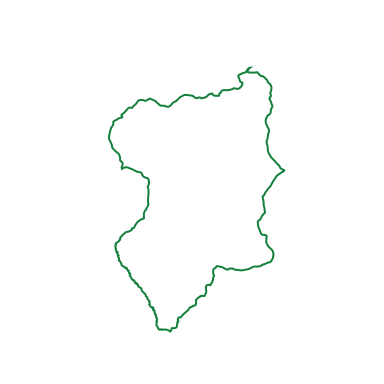 Santa María, Huila, Colombia (orthographic projection), rotated 118°
{"feature_id": "7082276B74568314469162", "entity_name": "Santa María", "entity_type": "district", "adm_level": 2, "iso_a3": "COL", "parent_name": "Colombia", "parent_adm1": "Huila", "projection": "orthographic", "projection_center": [-75.551, 2.922], "detail": "fine", "context": "isolated", "style": "outline", "palette": "green", "viewbox_px": 384, "rotation_deg": 118, "n_neighbors": 0, "source": "geoboundaries", "source_scale": "gbopen_adm2", "svg_char_len": 6060}
<svg xmlns="http://www.w3.org/2000/svg" viewBox="0 0 384 384"><g transform="rotate(118 192 192)"><path d="M209.2,90.5L208.5,90.9L206.2,93.1L205.3,94.9L204.5,98.2L203.9,99.6L202.0,102.4L201.0,103.2L198.5,104.3L195.9,105.2L195.5,106.1L195.7,107.4L196.5,109.3L196.8,110.4L196.2,111.7L194.8,113.2L191.7,117.0L187.5,120.0L186.4,120.0L184.3,118.9L180.2,118.9L178.4,118.6L175.7,117.8L174.4,119.1L172.5,120.2L169.7,122.8L167.7,123.7L163.1,127.4L162.1,127.5L161.1,126.9L158.1,127.0L152.2,126.1L150.6,125.5L144.0,125.4L138.4,124.8L135.9,123.9L134.4,123.0L132.5,122.1L130.4,120.6L129.6,120.7L129.4,121.1L129.7,122.3L129.5,125.0L127.8,127.4L127.1,130.2L126.6,131.1L126.1,132.9L125.6,133.7L125.5,134.7L124.2,138.3L122.4,141.3L122.1,142.1L120.1,144.2L117.5,145.8L115.3,147.5L113.8,148.9L112.1,150.0L111.1,150.3L109.2,150.4L104.7,152.1L101.9,152.6L101.2,153.1L99.8,154.6L98.2,157.2L97.6,157.9L96.1,159.4L94.2,160.6L92.1,161.1L89.2,161.1L88.3,160.9L87.7,160.2L86.8,159.8L85.0,159.8L84.1,160.1L82.4,161.0L78.7,161.1L77.8,161.8L77.0,163.1L75.8,164.1L74.1,166.3L73.8,166.9L73.2,167.4L72.8,167.7L71.9,167.7L71.0,167.3L70.1,167.4L69.6,167.7L69.0,168.4L67.4,169.6L66.2,169.5L65.3,169.7L62.6,170.8L61.2,172.0L60.1,173.6L59.4,176.6L58.0,178.2L57.1,180.8L56.5,183.6L57.2,185.4L56.9,187.2L55.6,190.6L57.4,193.1L59.6,197.4L59.9,199.1L59.7,199.5L58.9,199.8L57.5,199.8L56.8,199.8L55.1,199.1L55.6,199.8L57.8,200.5L61.1,200.7L62.1,201.7L62.8,202.8L64.6,203.9L65.1,204.5L65.9,204.9L66.1,205.2L67.2,205.7L68.3,205.4L70.1,203.0L71.6,201.7L72.0,200.7L71.8,199.2L72.2,198.5L74.3,197.9L76.1,198.1L78.0,198.8L79.3,199.8L79.9,201.0L80.7,203.7L82.3,204.7L84.6,207.2L85.4,208.6L86.3,209.6L86.6,210.9L87.0,211.7L88.0,212.8L88.7,213.3L90.7,213.3L91.4,213.4L92.1,213.9L92.9,213.9L94.3,213.4L94.9,214.1L96.6,217.9L96.4,218.9L95.6,220.5L97.7,222.8L101.5,224.1L103.4,226.0L104.9,227.7L104.8,229.3L105.5,230.6L106.8,231.4L107.3,233.8L106.8,236.0L107.0,237.3L108.9,242.7L110.2,244.5L111.5,245.5L114.4,247.2L119.2,248.7L121.0,250.1L122.6,250.9L124.5,251.2L126.5,251.8L128.0,253.1L128.4,253.8L129.0,257.4L130.0,259.2L130.6,260.7L130.2,261.9L129.3,265.9L128.9,266.6L129.0,270.3L129.3,273.0L133.5,276.0L133.9,278.5L135.1,281.0L136.1,282.0L137.0,282.4L140.1,282.7L144.3,284.2L145.8,284.4L147.0,287.1L148.5,287.8L154.0,289.1L155.6,290.0L156.9,290.5L157.7,290.1L158.1,288.9L158.5,288.7L159.7,289.3L160.1,290.0L161.3,291.2L163.7,292.5L165.7,294.1L167.0,294.4L169.6,293.1L173.2,293.5L176.8,292.9L181.7,291.4L183.7,290.4L184.8,289.3L185.4,288.3L188.2,284.7L190.1,283.4L190.8,282.2L192.0,278.3L192.1,277.4L192.8,274.4L194.7,272.2L198.0,270.1L198.6,267.4L200.1,266.2L201.0,265.9L202.9,265.9L204.4,264.7L203.0,263.9L201.4,262.3L201.0,261.8L200.6,260.6L199.9,254.5L199.9,250.2L199.0,247.2L198.8,245.8L200.5,243.6L201.1,242.3L201.3,240.3L200.7,238.1L200.8,237.3L201.3,236.3L203.2,234.7L205.9,233.7L208.1,233.5L208.7,233.3L210.1,231.6L215.1,229.1L219.8,227.1L222.5,225.4L223.4,224.6L224.6,224.4L227.5,224.5L229.1,224.3L230.9,224.7L232.7,224.6L234.6,223.9L237.8,222.1L240.7,224.5L241.6,224.8L242.8,225.5L245.5,226.3L246.9,226.4L247.4,226.6L248.8,226.4L250.8,226.5L251.9,227.1L252.1,227.7L252.4,228.0L254.1,227.5L257.2,229.8L257.8,230.8L258.9,231.8L260.4,232.1L262.2,233.1L263.7,233.1L265.3,234.0L268.3,233.1L269.0,233.7L269.7,233.5L270.4,233.6L272.9,235.1L273.5,234.7L274.2,234.9L274.7,234.2L275.4,234.3L276.2,234.1L276.4,233.8L277.3,233.2L277.6,232.7L278.6,232.5L279.0,231.5L280.2,230.8L280.1,229.4L281.0,229.5L281.3,229.3L281.6,228.5L282.3,228.2L282.6,227.9L282.6,227.1L283.2,227.2L283.3,227.0L284.2,226.5L284.4,225.7L285.0,225.2L286.8,224.4L286.9,223.1L288.3,220.9L289.0,220.4L289.9,219.4L290.0,218.6L289.8,216.3L290.5,215.2L289.8,214.4L289.8,214.0L291.1,212.6L291.1,211.3L291.6,211.4L291.8,211.2L292.4,210.0L293.1,209.5L293.0,208.8L293.3,208.1L293.7,207.8L294.8,207.9L295.1,207.7L295.7,206.3L296.3,205.6L296.9,204.3L297.5,203.6L297.5,203.0L297.2,202.4L297.2,201.6L297.5,201.1L298.1,201.0L298.3,200.8L298.3,199.7L298.4,199.3L298.6,199.2L299.0,199.3L299.2,199.1L299.1,198.7L298.6,198.5L298.5,197.9L298.7,197.5L299.3,197.3L299.3,196.0L300.1,195.7L300.8,194.3L300.9,193.6L300.6,192.3L300.8,191.7L301.2,191.2L302.2,190.5L302.9,189.7L303.8,186.7L304.0,185.2L305.6,183.9L305.9,182.4L306.2,181.8L307.0,181.4L307.3,181.0L308.0,179.3L308.4,178.9L308.5,178.1L309.4,177.9L310.0,177.1L310.7,176.9L311.4,177.0L311.7,176.7L311.8,176.1L312.5,175.1L312.6,174.4L313.0,173.5L312.9,173.2L312.2,172.7L312.4,171.9L312.6,171.6L314.2,171.2L314.0,170.3L314.6,170.0L314.6,169.2L315.8,168.7L317.1,167.4L317.4,166.0L318.2,166.0L318.7,165.7L319.4,164.4L319.9,164.3L321.0,162.8L321.6,162.6L322.9,162.7L323.5,161.8L324.9,161.6L326.5,160.7L327.0,159.5L328.3,157.8L328.3,157.3L328.7,156.9L328.9,156.5L328.6,155.6L327.5,154.5L327.7,153.7L327.2,153.1L325.8,150.8L325.2,148.0L325.4,145.8L324.8,145.5L322.7,145.8L321.4,145.7L321.0,144.4L320.3,143.4L319.6,142.6L318.4,142.2L316.4,142.7L315.0,143.4L314.1,143.2L313.8,143.6L313.1,144.0L312.5,143.6L312.1,143.6L311.1,144.6L309.9,145.0L309.3,144.9L308.6,144.3L308.0,143.1L303.7,142.2L301.8,141.3L300.0,140.8L298.0,139.9L295.9,139.8L294.2,139.3L293.6,138.3L292.8,138.0L292.5,137.7L291.9,137.6L291.6,137.3L291.5,136.9L291.2,136.5L289.8,135.7L288.8,135.9L288.1,136.4L286.3,137.1L285.7,137.8L283.5,137.2L282.4,137.0L280.8,135.7L279.8,135.7L279.5,134.9L278.6,134.0L278.5,133.1L278.0,132.2L274.5,132.3L273.3,132.5L270.9,134.3L269.5,135.1L268.5,135.3L267.5,135.2L266.4,134.1L265.9,133.4L265.8,132.3L265.6,132.0L264.5,132.1L262.9,131.9L259.8,132.2L259.2,132.4L258.0,133.2L255.6,133.0L255.3,133.3L254.5,134.5L253.9,135.1L253.1,135.5L252.4,136.0L251.8,136.1L250.6,136.7L250.0,136.8L248.4,135.9L247.4,135.6L246.1,135.4L245.8,135.2L245.5,134.7L244.2,130.1L244.2,125.6L243.9,124.2L243.6,123.8L242.3,123.2L241.3,122.0L241.0,121.0L240.5,120.1L240.4,117.6L237.9,111.3L236.0,108.9L233.3,105.7L229.1,102.6L227.9,101.0L227.6,100.1L227.0,99.0L225.2,96.7L224.5,96.1L223.5,95.9L222.7,95.3L221.4,93.8L218.7,91.9L217.3,90.1L215.6,89.6L212.8,89.6L211.9,89.6L210.2,90.4L209.2,90.5Z" fill="none" stroke="#15803d" stroke-width="2"/></g></svg>